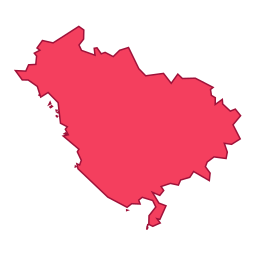 La Huerta, Jalisco, Mexico
{"feature_id": "50627088B67615476566962", "entity_name": "La Huerta", "entity_type": "district", "adm_level": 2, "iso_a3": "MEX", "parent_name": "Mexico", "parent_adm1": "Jalisco", "projection": "robinson", "projection_center": [-104.926, 19.493], "detail": "medium", "context": "isolated", "style": "filled", "palette": "rose", "viewbox_px": 256, "rotation_deg": 0, "n_neighbors": 0, "source": "geoboundaries", "source_scale": "gbopen_adm2", "svg_char_len": 1822}
<svg xmlns="http://www.w3.org/2000/svg" viewBox="0 0 256 256"><path d="M213.1,87.4L195.3,78.2L182.4,78.5L177.8,74.1L171.2,83.3L163.5,73.4L145.7,75.8L138.8,68.7L128.5,47.5L119.6,50.3L113.2,56.6L105.1,52.4L101.2,53.8L97.0,47.8L94.2,48.3L95.0,55.2L81.5,50.4L79.0,45.0L83.6,39.1L83.8,30.0L78.8,26.4L53.1,42.9L42.4,40.5L37.0,48.0L39.9,50.2L34.3,53.2L36.6,56.0L35.8,64.4L28.6,64.8L25.8,71.1L15.4,70.6L22.2,79.9L28.2,80.0L37.3,86.4L40.7,97.1L48.1,92.5L58.1,102.6L60.5,123.2L67.3,126.8L65.3,129.2L68.3,134.8L63.2,136.0L78.9,149.2L77.3,151.8L81.3,160.3L79.6,165.0L76.9,163.8L78.0,168.8L107.8,197.1L127.1,207.3L131.7,203.7L140.1,204.0L138.7,200.1L142.2,197.3L152.7,200.5L155.8,207.0L149.0,215.7L148.8,224.4L152.8,226.3L160.2,223.0L157.0,218.7L159.9,219.4L166.0,205.8L158.9,203.1L152.4,192.3L159.8,195.4L163.7,190.5L161.1,186.5L170.4,183.4L178.4,185.1L180.6,180.0L189.8,177.3L193.6,171.5L209.3,180.6L210.1,173.1L205.4,166.7L207.2,162.0L214.0,156.9L226.1,158.5L227.3,152.1L224.3,143.3L231.6,144.3L240.2,138.9L233.0,124.8L240.6,115.7L235.3,109.1L230.3,111.1L222.7,104.0L222.3,99.4L215.2,104.5L215.3,97.7L211.4,95.4L210.5,89.5L213.1,87.4ZM50.1,108.0L52.4,106.4L51.5,105.7L50.1,108.0ZM50.7,103.7L50.1,102.2L48.9,104.6L50.7,103.7ZM57.6,116.3L55.8,115.5L57.1,116.9L57.6,116.3ZM147.8,227.8L147.2,225.8L146.7,229.6L147.8,227.8ZM56.3,111.0L57.0,110.3L56.1,110.2L56.3,111.0ZM65.9,133.7L65.5,133.0L64.7,133.5L65.9,133.7ZM126.7,210.5L127.6,210.2L126.7,209.9L126.7,210.5ZM49.4,107.0L50.2,107.1L50.2,106.8L49.4,107.0ZM58.5,111.8L57.8,112.3L58.6,112.4L58.5,111.8ZM75.9,166.7L75.4,166.2L75.3,166.9L75.9,166.7ZM57.8,113.3L58.2,112.7L57.9,112.7L57.8,113.3ZM39.6,95.4L39.4,94.6L39.0,95.1L39.6,95.4ZM66.5,134.4L66.2,133.8L65.4,134.1L66.5,134.4ZM147.6,225.7L148.1,224.8L147.7,224.7L147.6,225.7Z" fill="#f43f5e" stroke="#9f1239" stroke-width="1.5"/></svg>